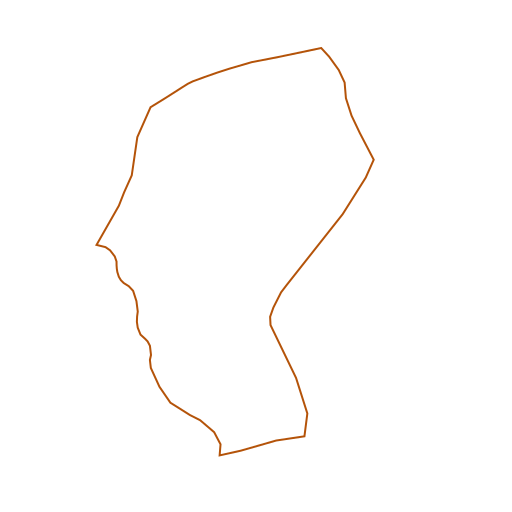 the district of Cajolá, Quezaltenango, Guatemala, rotated 69°
{"feature_id": "79465075B33960112872468", "entity_name": "Cajolá", "entity_type": "district", "adm_level": 2, "iso_a3": "GTM", "parent_name": "Guatemala", "parent_adm1": "Quezaltenango", "projection": "equal_earth", "projection_center": [-91.611, 14.937], "detail": "fine", "context": "isolated", "style": "outline", "palette": "amber", "viewbox_px": 512, "rotation_deg": 69, "n_neighbors": 0, "source": "geoboundaries", "source_scale": "gbopen_adm2", "svg_char_len": 981}
<svg xmlns="http://www.w3.org/2000/svg" viewBox="0 0 512 512"><g transform="rotate(69 256 256)"><path d="M441.7,275.4L421.4,264.5L384.2,262.3L325.7,267.2L317.8,264.6L310.3,258.2L298.9,245.6L294.1,237.8L289.7,230.4L267.4,192.8L248.0,160.1L222.1,125.4L208.3,111.6L178.4,115.0L159.2,116.5L140.9,115.5L125.8,111.1L112.0,112.1L96.1,116.3L85.2,120.6L78.2,164.0L73.5,190.5L71.6,213.5L70.9,226.3L70.5,239.6L70.3,252.4L70.8,257.9L72.1,264.5L76.2,284.6L79.3,301.1L102.5,324.2L136.2,343.1L149.3,356.3L159.9,366.0L188.5,400.9L193.8,393.3L198.4,390.2L205.8,388.0L211.2,388.2L214.7,389.5L218.0,390.5L221.3,391.2L226.2,391.5L230.2,390.8L233.8,389.2L238.6,385.6L244.5,383.2L255.3,383.8L265.5,386.3L269.9,388.7L274.8,390.8L280.5,392.1L288.0,392.0L293.8,389.1L296.9,387.8L301.8,387.2L310.8,389.5L315.0,392.3L322.8,394.3L343.5,393.0L362.3,388.5L380.9,374.6L389.3,367.0L405.5,358.2L419.1,356.6L429.1,361.4L432.3,340.0L435.5,303.3L441.7,275.4Z" fill="none" stroke="#b45309" stroke-width="2"/></g></svg>